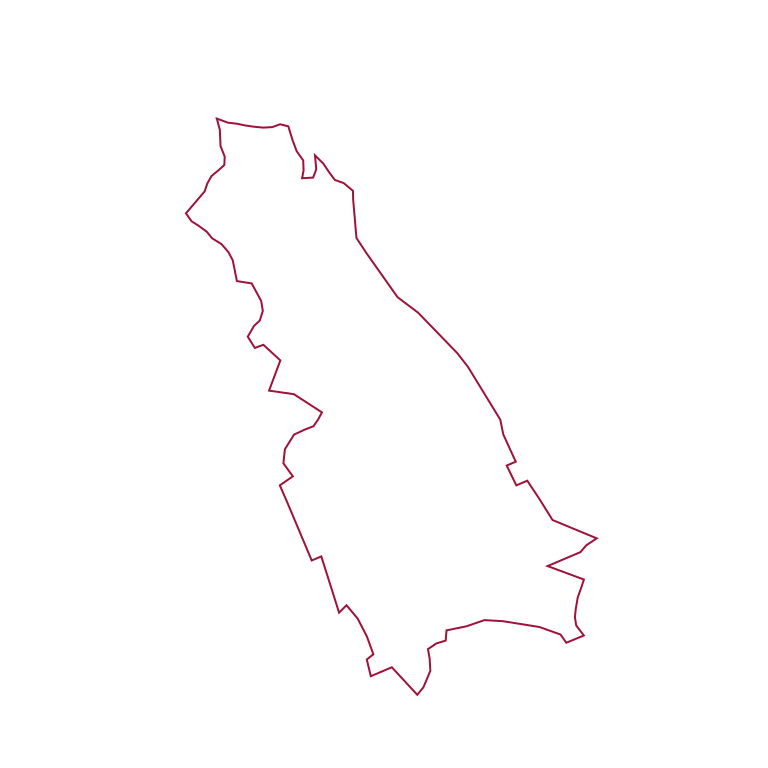 the district of Barra do Rio Azul, Rio Grande do Sul, Brazil, rotated 337°
{"feature_id": "56859067B71186503980939", "entity_name": "Barra do Rio Azul", "entity_type": "district", "adm_level": 2, "iso_a3": "BRA", "parent_name": "Brazil", "parent_adm1": "Rio Grande do Sul", "projection": "albers", "projection_center": [-52.41, -27.39], "detail": "fine", "context": "isolated", "style": "outline", "palette": "rose", "viewbox_px": 768, "rotation_deg": 337, "n_neighbors": 0, "source": "geoboundaries", "source_scale": "gbopen_adm2", "svg_char_len": 1527}
<svg xmlns="http://www.w3.org/2000/svg" viewBox="0 0 768 768"><g transform="rotate(337 384 384)"><path d="M333.8,74.4L332.2,85.9L326.5,101.1L326.2,112.5L322.6,120.0L314.5,122.8L306.6,125.1L299.8,130.3L294.2,136.6L268.4,149.5L270.4,159.0L275.3,166.1L280.4,174.7L282.7,182.7L289.1,191.8L292.3,201.8L293.1,211.0L291.1,220.8L288.8,231.8L301.5,239.7L303.4,259.6L301.0,269.4L294.4,277.1L287.1,279.7L277.1,287.2L279.2,300.3L288.3,300.8L297.8,321.8L275.6,345.2L297.0,358.1L315.8,385.9L309.4,391.0L302.6,395.3L292.8,395.0L281.5,395.4L267.3,405.3L260.4,417.7L264.0,433.4L248.5,436.6L248.7,455.5L248.5,518.2L258.9,518.2L255.7,552.4L253.3,576.9L263.0,573.0L268.1,589.6L269.6,609.7L268.6,628.6L260.5,630.9L257.7,647.8L280.5,647.8L293.2,683.1L301.6,678.7L308.7,671.9L314.6,666.1L318.6,655.0L320.9,645.2L330.9,643.3L340.5,644.3L345.3,635.2L364.8,639.2L384.2,640.6L400.6,648.7L432.1,668.4L448.6,683.6L450.7,693.4L469.7,693.6L466.6,681.4L468.6,673.3L472.5,666.2L478.9,656.2L486.2,648.3L491.6,642.1L463.4,615.5L499.2,615.5L507.1,611.5L519.5,609.2L486.0,575.1L482.2,551.0L478.1,529.0L466.2,529.0L465.1,507.0L474.9,507.0L474.1,477.0L477.1,462.3L468.0,401.1L463.5,384.2L443.3,331.8L430.4,309.4L419.0,256.8L415.7,238.8L427.8,201.8L430.9,194.1L425.4,183.3L418.5,177.0L416.2,167.5L414.2,157.2L409.8,146.6L405.5,160.0L399.4,166.3L389.0,162.6L393.4,156.0L397.0,146.6L394.6,135.7L395.1,124.0L396.6,109.4L389.8,104.3L381.6,103.9L373.0,100.8L364.0,95.9L356.7,91.4L350.4,87.0L342.5,82.5L333.8,74.4Z" fill="none" stroke="#9f1239" stroke-width="2"/></g></svg>